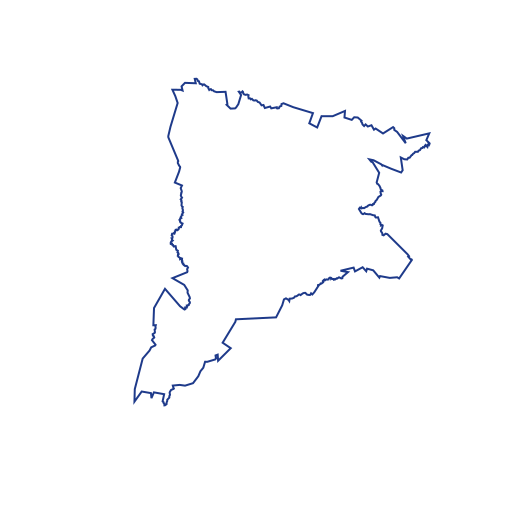 San Dimas, Durango, Mexico (orthographic projection), rotated 24°
{"feature_id": "50627088B11523678727998", "entity_name": "San Dimas", "entity_type": "district", "adm_level": 2, "iso_a3": "MEX", "parent_name": "Mexico", "parent_adm1": "Durango", "projection": "orthographic", "projection_center": [-105.745, 24.115], "detail": "fine", "context": "isolated", "style": "outline", "palette": "blue", "viewbox_px": 512, "rotation_deg": 24, "n_neighbors": 0, "source": "geoboundaries", "source_scale": "gbopen_adm2", "svg_char_len": 6106}
<svg xmlns="http://www.w3.org/2000/svg" viewBox="0 0 512 512"><g transform="rotate(24 256 256)"><path d="M127.7,183.3L146.2,200.7L146.4,201.0L146.3,201.9L147.0,203.2L148.2,203.9L148.7,204.6L150.3,205.3L150.7,205.9L151.4,210.2L152.0,221.9L159.7,221.7L159.6,224.6L161.9,227.1L162.2,228.3L162.0,229.0L162.4,229.4L162.6,231.1L163.6,232.2L164.7,232.8L164.2,234.8L164.8,235.0L165.3,236.2L165.7,236.2L165.8,236.9L166.4,237.2L167.3,240.0L168.5,241.0L169.1,241.0L169.4,242.5L170.4,243.5L170.8,244.4L170.7,245.1L171.7,245.7L171.4,246.3L171.7,246.8L171.7,247.7L171.5,247.9L172.0,248.4L171.5,248.7L171.7,249.5L171.4,251.2L172.3,251.7L171.5,252.7L171.8,253.3L171.4,254.2L172.7,255.0L172.7,255.6L173.6,256.2L175.7,256.2L175.8,258.3L175.3,259.1L175.7,260.1L174.6,260.5L174.5,261.2L173.9,261.5L174.4,263.0L174.2,263.6L173.7,264.4L172.8,264.1L172.0,264.7L172.4,265.3L171.8,266.4L172.3,267.0L172.4,268.7L171.5,268.6L171.1,269.4L170.3,269.8L170.6,271.5L171.7,271.9L172.2,272.9L172.2,273.8L171.8,274.1L172.5,274.5L172.6,275.5L173.6,275.8L172.7,277.2L172.6,278.3L173.0,279.3L173.2,279.6L174.3,278.9L175.0,279.9L175.8,279.7L176.4,280.5L177.2,280.8L178.0,279.9L178.6,279.7L180.6,282.7L182.5,283.0L182.8,284.6L183.6,284.7L184.5,285.6L184.6,285.9L184.1,286.3L184.5,287.7L184.9,287.7L185.5,288.3L187.3,288.6L187.8,289.5L188.3,288.5L188.6,288.5L188.6,289.4L189.6,288.7L190.1,290.1L190.6,290.4L190.5,291.0L191.1,291.3L191.0,291.8L192.0,292.7L192.6,292.5L192.8,293.1L193.5,293.2L193.6,293.6L195.4,294.0L195.9,293.5L197.1,293.3L198.6,294.2L198.4,296.0L199.6,297.7L199.7,298.8L188.7,310.2L202.2,311.6L207.6,315.2L208.4,317.4L212.2,320.6L212.9,321.7L212.5,323.2L212.8,324.1L214.4,325.1L214.7,325.9L214.3,327.6L214.5,328.1L213.0,329.3L213.7,329.9L213.7,330.8L213.2,330.6L213.0,330.9L213.0,332.0L212.4,332.1L213.1,333.0L212.6,333.9L211.9,333.9L207.1,332.8L186.2,323.0L184.0,345.0L190.4,361.0L192.6,360.0L192.8,361.3L193.6,362.6L193.7,363.8L193.3,364.4L194.7,366.8L194.7,367.5L193.4,369.4L194.2,370.7L195.2,370.8L196.2,371.9L195.3,373.8L195.2,375.2L200.3,377.9L200.3,378.7L197.4,382.1L197.2,385.7L194.2,395.8L199.4,426.9L204.2,438.5L206.7,426.3L215.8,424.0L218.3,428.4L218.2,422.1L228.3,419.6L229.8,426.8L231.1,427.2L231.1,427.5L231.6,428.1L232.7,428.6L233.1,429.7L233.5,429.5L234.1,428.6L233.9,428.1L234.5,427.6L233.9,426.1L233.9,424.6L233.4,423.4L234.4,420.6L233.8,419.2L233.9,417.8L232.7,416.0L232.6,415.1L232.9,412.9L234.8,410.9L234.8,410.4L234.4,410.3L232.7,408.2L238.7,404.8L243.9,403.3L250.2,397.8L252.2,389.3L252.1,383.9L253.3,379.5L252.5,373.3L254.5,372.5L260.8,367.1L261.1,365.9L259.5,363.3L261.1,361.7L264.0,367.1L270.4,350.5L260.8,348.8L263.9,324.5L263.4,322.0L299.3,303.9L300.0,290.4L299.2,284.3L300.6,282.5L303.6,282.9L304.7,283.6L304.1,281.3L306.2,280.2L307.6,278.8L308.1,277.0L309.0,276.6L309.8,275.7L310.8,273.8L311.6,273.4L312.6,273.6L313.9,271.2L314.9,270.2L316.1,269.6L318.2,270.5L319.4,270.3L321.1,269.7L321.4,269.3L321.5,267.7L323.1,268.2L324.0,265.4L325.2,257.7L324.6,257.6L324.5,257.3L325.6,256.5L326.2,255.4L326.2,254.8L327.0,254.6L328.1,252.6L328.0,252.2L327.4,252.1L327.2,251.7L327.7,250.3L328.3,250.3L328.4,249.7L329.0,250.0L329.7,248.8L330.7,248.6L331.8,247.9L331.6,246.9L332.4,245.6L333.3,245.5L333.8,246.2L334.0,245.6L335.1,246.0L336.3,245.4L336.8,246.0L337.9,245.2L337.9,244.6L338.5,244.3L338.9,243.5L339.3,243.6L340.5,241.7L343.1,241.8L343.9,241.2L343.5,239.7L346.6,233.3L339.2,235.1L349.9,226.9L352.7,229.8L358.0,222.9L362.9,225.1L362.6,222.4L368.9,221.4L377.5,225.6L377.5,223.9L387.1,221.6L393.6,218.0L395.9,218.3L400.0,196.2L399.7,196.0L399.5,196.6L395.3,194.7L395.8,193.9L393.8,192.8L367.1,182.6L365.3,182.9L364.2,185.2L362.9,185.3L362.3,184.1L361.3,183.2L360.3,182.8L359.7,182.0L360.0,179.5L359.3,176.5L358.4,176.4L357.8,177.1L357.7,176.7L356.8,176.5L356.2,175.1L354.8,174.4L351.7,171.0L349.9,172.1L349.2,171.9L348.0,170.6L346.4,171.1L343.0,171.4L342.4,171.9L339.0,173.0L337.8,172.7L337.0,174.1L336.5,174.3L335.1,174.1L330.9,171.2L331.2,169.6L331.8,169.6L332.0,169.2L332.1,169.5L333.1,169.6L334.1,168.6L335.2,168.4L336.5,166.5L337.6,165.5L337.7,164.7L338.9,163.1L340.0,162.5L341.4,162.5L341.8,162.1L341.7,161.0L342.6,160.5L342.5,159.2L343.0,158.1L342.8,157.3L343.5,155.5L343.8,152.3L345.4,149.9L345.5,149.1L344.4,148.0L343.5,146.5L343.8,145.9L345.2,145.3L344.8,144.7L343.1,144.5L342.4,143.9L342.1,143.3L340.4,141.8L338.3,140.7L337.3,140.7L336.3,139.7L334.7,129.9L324.4,122.9L322.9,123.0L320.2,121.6L324.5,120.7L333.1,121.3L334.3,121.9L334.3,121.5L344.2,121.3L354.6,120.7L355.1,118.0L348.2,107.1L352.1,107.3L354.9,106.3L355.2,104.3L356.4,103.7L357.1,100.6L357.6,100.2L357.9,98.7L358.7,97.6L359.0,96.1L361.5,95.0L361.7,93.6L362.7,92.6L363.0,90.4L364.0,89.7L364.2,88.6L365.4,88.5L365.4,86.9L365.9,86.8L365.6,86.1L365.8,85.5L368.2,86.6L367.8,84.8L368.9,84.6L368.8,83.8L368.3,83.3L368.9,83.2L368.8,82.5L364.5,80.9L364.4,73.5L346.0,87.4L341.5,86.5L346.9,92.1L334.4,85.2L331.1,84.6L330.3,83.0L328.8,82.5L322.2,92.4L313.4,90.9L312.4,92.6L308.3,89.6L305.5,92.2L302.6,91.2L301.9,93.3L299.8,92.5L298.8,91.3L297.3,90.4L297.4,89.5L292.6,88.1L289.3,89.3L288.1,92.7L280.5,93.5L278.3,87.3L269.2,97.1L259.0,101.6L259.6,113.7L250.7,113.1L249.9,102.3L229.5,104.9L219.0,105.3L217.5,106.8L218.1,108.6L216.8,109.9L216.8,111.7L215.3,112.6L214.7,112.4L214.4,111.7L209.9,114.9L208.1,113.7L203.9,117.2L201.4,115.0L199.8,116.1L196.8,114.3L195.0,114.5L193.4,113.7L192.2,113.9L191.8,114.4L190.3,114.9L188.3,114.1L187.5,115.0L186.4,114.4L185.2,115.0L184.2,113.6L183.8,112.1L182.2,112.1L181.0,113.0L179.4,113.2L178.3,112.7L177.4,111.4L176.7,111.1L176.3,112.3L175.6,113.0L174.8,113.1L173.9,112.6L173.5,112.9L176.9,115.0L178.1,124.5L177.4,128.5L176.8,129.7L172.8,131.7L167.6,129.8L168.1,128.9L161.4,118.4L153.4,122.3L150.7,122.6L149.4,122.1L148.0,122.6L146.9,121.9L146.0,122.6L145.7,123.3L144.2,122.1L143.6,121.0L141.6,121.1L138.9,120.3L138.3,120.6L137.7,121.8L136.8,121.1L134.5,121.5L132.8,119.6L131.7,119.7L130.5,118.5L129.5,118.3L128.0,119.1L130.7,122.7L120.7,126.7L119.0,131.3L121.6,134.7L119.6,134.8L112.0,138.1L117.3,142.8L122.2,148.1L125.3,172.7L127.1,182.2L127.7,183.3Z" fill="none" stroke="#1e3a8a" stroke-width="2"/></g></svg>